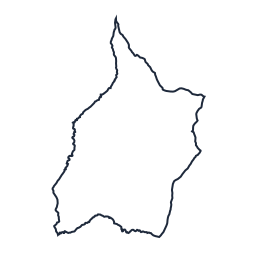 Argelia, Valle del Cauca, Colombia (Robinson projection), rotated 358°
{"feature_id": "7082276B75993550725955", "entity_name": "Argelia", "entity_type": "district", "adm_level": 2, "iso_a3": "COL", "parent_name": "Colombia", "parent_adm1": "Valle del Cauca", "projection": "robinson", "projection_center": [-76.151, 4.718], "detail": "fine", "context": "isolated", "style": "outline", "palette": "slate", "viewbox_px": 256, "rotation_deg": 358, "n_neighbors": 0, "source": "geoboundaries", "source_scale": "gbopen_adm2", "svg_char_len": 5803}
<svg xmlns="http://www.w3.org/2000/svg" viewBox="0 0 256 256"><g transform="rotate(358 128 128)"><path d="M119.8,18.0L119.3,18.9L118.7,22.4L119.1,27.1L119.0,27.7L118.7,28.5L118.0,29.1L117.7,30.2L117.1,31.8L116.5,35.5L114.9,38.3L114.8,39.3L114.5,39.6L113.8,41.4L113.8,42.8L114.6,43.7L115.3,45.2L115.1,46.1L114.7,46.7L114.7,47.0L115.6,48.5L115.9,50.2L116.5,51.6L116.6,52.2L116.4,53.7L116.6,54.6L118.0,56.5L118.4,57.6L118.5,60.7L118.3,62.9L118.4,65.5L118.4,66.3L118.1,67.2L118.5,68.6L119.1,69.6L119.2,70.2L118.8,71.8L119.2,73.0L119.1,73.6L118.1,74.5L118.0,74.9L118.4,76.8L117.6,77.7L117.3,78.4L116.5,79.0L116.5,80.0L116.3,80.4L115.7,80.7L115.4,81.5L114.4,82.5L113.7,84.1L113.3,84.6L112.3,86.2L112.0,87.5L110.9,87.4L110.2,87.6L110.0,88.1L109.3,88.7L109.1,89.4L108.6,90.1L106.0,92.1L105.4,92.4L104.7,93.1L104.0,93.3L103.4,93.7L101.9,93.6L101.8,94.1L102.2,95.1L102.2,95.9L101.9,96.2L101.1,96.0L100.9,96.2L100.7,96.8L100.3,97.2L100.0,98.8L98.7,99.1L97.8,99.5L96.7,100.3L96.0,100.4L95.1,101.8L91.1,105.6L90.3,106.0L88.7,107.3L86.2,108.5L84.1,110.4L83.7,110.8L83.5,111.6L83.2,112.2L81.8,112.8L81.0,113.6L80.3,114.6L80.4,115.5L79.1,115.9L78.7,116.5L78.1,116.9L77.3,117.0L77.3,118.3L76.8,118.5L76.4,118.2L76.0,118.2L75.7,118.4L74.9,120.3L73.6,120.3L73.1,120.8L73.6,121.2L73.9,121.6L74.0,122.0L73.6,123.0L73.8,123.9L73.2,125.2L73.1,126.4L73.4,126.8L74.5,127.2L74.6,127.4L74.8,127.7L74.7,128.8L75.1,129.9L75.1,130.2L74.9,130.3L74.3,130.0L74.1,130.1L73.9,131.1L73.4,131.9L73.4,132.1L74.2,133.1L73.8,134.3L73.5,134.6L72.5,134.9L72.1,135.4L72.0,135.8L72.2,136.2L73.5,137.4L74.0,138.7L73.8,140.2L73.5,140.8L72.7,141.5L72.6,141.8L72.8,142.4L73.8,143.1L74.1,143.5L74.2,144.0L73.8,145.8L73.7,147.9L73.5,148.2L72.1,149.4L71.0,152.0L70.9,152.3L71.5,153.1L71.6,153.5L71.5,153.8L71.2,154.0L70.7,154.1L68.7,153.8L68.3,154.0L67.3,155.1L67.3,155.8L68.4,156.9L68.5,157.7L68.3,158.0L66.7,158.6L66.4,158.9L65.5,161.4L65.7,161.6L66.7,161.7L66.8,161.8L66.7,162.0L66.0,163.8L64.0,165.9L63.9,166.1L64.5,166.8L64.5,167.0L64.2,167.3L63.0,167.7L63.0,168.7L62.9,169.1L60.7,172.0L60.3,172.4L57.2,177.0L56.0,178.1L54.5,180.6L52.3,183.1L51.8,183.7L51.6,184.3L50.6,185.6L50.5,186.5L51.3,188.1L51.2,190.1L54.1,194.8L55.0,197.2L55.1,200.8L54.5,202.9L54.1,204.5L52.9,206.7L52.8,207.5L53.5,208.6L54.8,209.7L55.4,210.5L55.1,212.7L55.7,214.4L55.7,216.3L56.0,218.9L55.8,219.2L55.2,219.7L53.8,220.0L53.2,221.4L52.6,222.0L51.0,223.2L50.8,223.4L50.9,224.0L52.3,226.5L52.6,228.9L53.6,230.2L54.0,231.0L54.3,232.4L54.6,232.1L55.4,231.9L55.8,231.5L56.0,230.4L56.4,230.1L56.6,230.2L56.7,230.8L57.0,231.0L57.4,230.9L57.9,230.1L58.6,229.8L59.4,229.8L59.9,230.7L60.5,230.7L60.9,230.2L61.0,229.1L61.3,228.9L62.9,229.9L64.6,230.8L65.8,230.5L66.6,230.6L68.2,229.9L70.8,229.5L71.3,229.1L72.6,227.5L74.0,226.2L75.3,226.0L75.9,225.5L76.6,225.3L77.4,224.7L78.1,223.8L78.7,223.3L80.5,223.0L81.4,222.6L81.7,222.3L81.9,221.6L82.2,221.3L84.1,221.4L84.5,220.9L85.9,220.7L86.1,220.4L85.9,220.1L86.3,219.8L86.4,219.5L86.7,219.2L87.2,218.5L87.9,217.9L88.8,217.2L89.6,216.2L90.5,216.1L90.9,215.7L91.1,215.4L91.6,215.2L91.7,214.9L92.0,214.8L92.3,214.4L93.4,214.4L94.2,214.2L94.6,213.9L94.8,213.4L95.3,213.3L97.5,213.6L98.3,214.3L99.7,214.8L100.8,215.7L101.4,215.9L102.6,215.6L104.2,215.7L105.4,216.0L105.7,216.2L106.1,217.3L106.4,217.3L106.9,216.8L107.1,216.9L107.6,217.1L108.1,217.7L108.8,218.0L109.7,218.9L110.3,219.9L110.8,221.2L110.8,222.8L113.6,223.6L114.9,224.6L116.1,225.1L116.8,225.8L117.8,226.5L117.9,226.8L117.8,228.8L117.9,229.0L118.5,228.9L118.8,229.1L118.7,229.7L118.4,230.4L118.4,230.7L118.7,231.1L119.4,230.9L120.0,229.7L120.7,229.4L121.3,229.4L121.9,230.1L122.5,231.9L122.9,232.4L123.5,232.6L123.9,232.2L124.8,232.9L125.9,232.3L126.3,231.6L127.0,231.2L128.0,230.2L128.7,229.9L129.9,230.0L130.8,230.9L131.3,231.2L131.9,231.4L132.5,231.1L133.5,230.1L134.0,230.2L134.9,231.1L135.1,231.1L135.5,230.7L136.1,230.7L136.6,231.4L137.1,232.3L137.4,232.5L137.9,232.3L138.4,232.3L138.7,232.0L139.4,231.9L141.2,232.7L143.0,232.7L143.5,233.0L143.7,233.6L145.3,233.2L146.4,233.8L147.2,233.8L148.1,234.9L149.6,236.2L151.6,237.0L155.4,238.0L157.1,236.4L158.0,235.2L159.8,233.2L162.9,227.1L163.8,224.9L164.0,223.8L164.3,221.3L164.8,218.8L165.4,217.1L166.3,215.7L167.2,212.2L167.7,211.1L167.9,209.5L168.3,208.0L168.6,206.1L168.3,203.7L169.9,199.7L169.9,199.1L169.8,197.2L170.1,194.5L169.8,191.8L169.8,191.3L170.9,185.6L171.9,183.4L172.5,182.5L174.2,181.5L175.9,180.8L179.0,178.5L180.7,176.1L183.8,172.4L186.3,170.5L188.0,167.7L189.3,166.2L190.8,163.6L192.4,161.7L193.4,160.1L194.3,159.5L194.9,158.2L197.0,157.2L197.1,156.9L198.7,155.3L199.8,153.4L199.6,152.9L198.8,152.4L196.8,150.1L196.3,148.9L195.3,147.6L195.4,145.5L194.7,143.8L195.0,141.3L195.1,139.7L193.8,135.9L193.5,134.6L193.2,134.3L192.2,133.9L191.9,133.6L192.7,132.8L192.9,132.4L193.1,129.5L193.4,127.9L194.9,125.9L196.6,124.4L197.8,123.0L197.1,120.9L196.7,116.6L196.9,115.6L198.0,113.6L199.7,111.4L200.3,111.0L201.6,110.3L202.0,109.9L202.3,109.0L202.9,105.5L203.7,103.1L203.8,102.2L205.5,99.3L204.6,99.1L202.6,97.3L201.2,97.1L198.9,97.6L193.6,96.3L193.2,96.0L192.1,94.6L189.6,92.4L187.2,91.8L185.0,90.8L182.8,90.2L181.0,90.3L176.3,92.8L175.1,93.1L174.0,93.2L171.6,93.0L167.5,92.3L165.8,91.7L164.2,90.9L164.0,90.6L164.0,89.5L163.8,89.0L161.4,86.5L159.2,81.9L158.5,80.3L157.7,77.5L157.0,75.7L156.9,74.0L156.3,73.5L155.2,72.9L154.1,71.8L153.5,70.8L152.3,68.0L150.3,65.9L149.9,64.7L147.9,62.7L147.7,62.2L147.2,60.0L146.9,59.6L145.7,58.9L144.3,58.3L142.6,58.0L140.8,56.1L139.5,55.2L139.3,55.2L138.5,56.0L137.7,56.2L137.1,55.7L135.9,53.6L134.6,52.2L134.0,50.9L132.0,48.4L131.6,47.4L131.8,46.2L131.7,44.6L130.9,42.8L128.6,39.0L126.4,36.3L126.1,35.3L125.7,34.8L124.0,33.6L123.0,32.0L121.8,25.8L121.8,25.0L122.0,24.2L121.8,23.6L120.9,22.5L120.0,20.9L119.8,20.0L119.8,18.0Z" fill="none" stroke="#1e293b" stroke-width="2"/></g></svg>